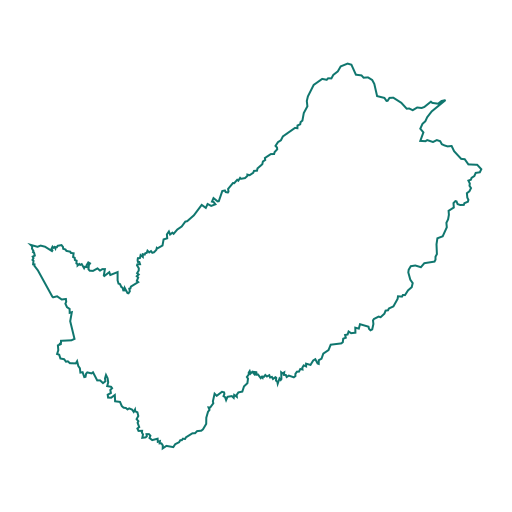 Aracataca, Magdalena, Colombia (Equal Earth projection)
{"feature_id": "7082276B34642639591656", "entity_name": "Aracataca", "entity_type": "district", "adm_level": 2, "iso_a3": "COL", "parent_name": "Colombia", "parent_adm1": "Magdalena", "projection": "equal_earth", "projection_center": [-73.935, 10.652], "detail": "fine", "context": "isolated", "style": "outline", "palette": "teal", "viewbox_px": 512, "rotation_deg": 0, "n_neighbors": 0, "source": "geoboundaries", "source_scale": "gbopen_adm2", "svg_char_len": 6008}
<svg xmlns="http://www.w3.org/2000/svg" viewBox="0 0 512 512"><path d="M97.5,268.4L93.0,270.9L89.7,270.7L88.5,269.3L88.8,265.2L90.0,263.4L88.3,262.4L86.5,265.4L86.7,267.1L84.8,266.8L84.1,268.2L81.7,264.1L80.2,264.9L79.3,264.0L77.6,265.5L77.6,264.2L76.4,263.4L76.6,260.7L74.9,260.0L74.7,257.8L73.1,257.0L73.6,253.3L70.8,252.9L70.3,251.7L66.4,250.9L65.5,249.5L63.2,248.8L63.0,247.0L61.5,245.1L57.7,245.8L56.9,247.2L55.7,247.1L55.4,248.5L54.5,247.0L53.4,247.8L52.5,246.7L51.5,248.8L52.4,250.5L52.0,251.1L45.0,246.7L40.6,245.6L37.5,246.8L30.7,244.9L32.2,246.4L32.0,248.6L33.5,251.1L33.0,252.1L34.1,252.8L34.8,255.6L32.7,256.6L33.5,258.1L32.5,259.9L33.5,260.8L33.1,264.3L34.5,264.4L34.4,265.8L37.9,270.4L52.3,296.6L53.1,297.3L57.1,296.3L61.7,299.5L65.9,299.0L66.2,301.7L65.4,303.7L67.0,307.2L69.6,308.9L69.7,312.8L71.8,312.2L70.2,321.2L74.5,338.9L71.4,340.3L61.0,340.8L61.0,343.0L60.0,343.6L60.5,344.3L57.9,345.4L58.3,350.2L57.1,354.0L59.2,354.7L60.4,358.5L64.1,359.2L66.0,361.7L67.8,361.3L69.9,363.2L75.8,363.4L77.1,361.2L78.3,366.0L79.9,368.3L80.4,372.6L82.6,372.2L84.3,377.1L85.5,376.8L86.1,373.7L87.3,372.4L91.6,373.4L93.0,372.3L97.2,380.4L100.1,380.4L103.0,383.1L105.4,381.3L105.0,378.4L106.0,375.0L107.6,378.3L108.2,382.3L107.2,386.1L111.1,386.8L112.1,388.2L110.3,390.0L110.9,393.0L107.7,394.7L108.1,397.6L111.2,397.7L114.8,395.0L115.1,401.3L120.0,401.9L121.8,406.1L123.6,407.7L125.9,408.0L127.5,409.4L129.2,408.4L132.1,409.6L133.7,411.9L135.0,409.6L135.2,411.3L137.4,412.3L138.3,416.0L136.6,419.1L138.4,421.2L137.6,422.8L139.2,427.1L137.4,428.5L138.5,430.9L142.1,430.8L141.9,432.6L143.0,434.4L142.3,437.8L145.6,437.4L146.8,436.3L146.5,434.1L148.9,434.1L150.4,435.7L149.5,438.0L152.2,440.1L157.6,438.7L157.8,441.8L159.9,441.1L159.6,443.4L161.4,443.4L162.8,445.4L162.7,448.4L166.4,445.9L173.3,447.1L175.2,444.2L179.1,442.2L180.3,440.2L181.8,440.2L182.9,438.7L185.0,439.0L186.0,437.3L192.4,433.3L195.1,433.2L197.1,431.1L201.3,430.7L203.0,429.3L206.2,423.9L206.3,417.7L208.0,411.8L209.5,409.9L208.5,407.4L210.2,407.5L213.3,403.3L212.9,401.3L214.6,393.7L216.7,395.8L222.0,391.8L224.1,392.4L224.4,394.0L223.5,396.1L225.1,397.2L226.1,400.1L227.5,396.8L231.8,396.1L233.7,397.9L234.2,394.9L236.8,396.8L236.6,395.0L238.4,392.4L242.3,391.6L244.0,386.4L247.4,383.2L248.0,378.6L246.9,377.0L248.8,374.4L248.7,372.7L249.7,371.1L250.5,373.6L252.3,371.8L254.8,374.7L255.7,374.2L254.6,372.0L256.3,372.2L256.7,374.7L258.0,374.5L260.7,378.1L261.6,376.9L262.6,377.9L262.9,376.6L264.0,376.8L265.3,375.0L266.9,376.5L269.3,375.2L270.1,377.5L271.9,376.9L273.0,379.0L275.4,377.2L276.2,377.8L276.0,380.6L277.3,381.6L277.7,383.7L279.5,378.5L280.7,380.0L281.4,379.0L281.2,372.3L282.6,373.4L284.2,372.4L283.9,374.9L285.8,375.0L286.7,377.0L288.8,375.6L293.8,377.3L295.4,376.1L295.4,373.9L296.9,371.7L299.0,371.6L300.3,369.0L302.5,369.5L302.3,367.7L303.7,365.4L306.1,366.4L306.1,363.7L310.5,364.9L313.2,360.5L315.3,359.2L317.6,363.5L318.7,363.9L318.8,360.2L321.5,358.7L323.3,353.6L328.5,350.1L330.7,344.7L341.3,343.4L342.8,342.2L343.2,338.7L345.8,337.7L345.1,335.0L347.6,334.5L348.6,331.5L351.1,333.2L355.4,332.7L355.3,327.7L358.8,328.6L360.0,324.2L368.5,326.7L369.0,328.8L370.5,330.3L372.2,329.4L373.4,324.0L373.0,320.4L373.9,319.0L378.6,316.6L380.6,317.2L384.4,313.7L385.6,310.6L388.0,310.3L388.9,308.5L393.4,306.4L397.6,298.9L398.0,296.3L402.0,296.6L402.9,295.0L405.0,295.1L408.0,290.4L411.7,287.2L412.7,283.1L410.3,279.7L408.3,272.4L408.7,269.7L410.8,266.2L415.3,265.5L420.9,267.2L424.3,263.2L434.5,261.6L435.5,259.7L435.5,256.7L436.9,254.1L436.5,244.3L437.4,238.3L442.7,236.3L446.8,227.3L446.4,222.8L448.1,219.3L448.9,214.8L448.6,210.8L453.8,207.5L453.5,203.1L455.4,201.1L456.5,201.4L457.6,204.1L460.2,205.0L463.8,204.9L464.4,203.2L467.9,201.7L468.4,199.8L467.3,197.6L466.9,193.2L469.4,191.3L471.0,188.1L469.5,185.8L469.8,183.5L468.4,180.6L470.9,179.7L471.6,177.8L474.3,176.1L475.7,172.9L479.8,172.3L481.3,169.2L477.2,164.8L468.4,164.4L464.7,159.2L461.2,158.9L454.1,151.2L451.6,146.0L447.6,146.4L444.4,145.4L441.8,144.2L440.2,141.2L436.8,140.1L433.0,142.0L427.2,140.1L425.5,141.2L420.3,140.9L423.4,132.4L420.3,128.7L422.5,123.8L425.3,121.3L427.2,117.2L431.7,111.4L445.5,100.1L441.5,101.0L438.1,103.7L432.3,102.9L430.9,101.7L424.3,107.0L421.6,108.0L417.2,107.5L412.7,110.2L409.2,108.5L406.7,108.7L401.3,102.8L393.3,97.7L389.5,97.9L387.6,100.8L386.5,100.9L384.4,97.9L377.1,96.1L374.3,83.9L372.2,80.0L368.0,77.4L363.6,77.7L361.5,75.4L355.9,74.7L351.4,64.7L347.6,63.6L340.7,66.4L337.8,71.4L333.3,74.9L331.4,78.4L328.1,78.3L326.7,79.8L322.2,78.9L313.7,84.9L307.9,96.4L306.8,101.0L307.4,106.3L303.8,113.0L302.4,120.6L300.6,122.1L300.2,124.3L297.5,125.5L297.4,128.2L295.0,127.9L282.9,136.4L280.9,140.3L278.0,142.1L275.5,145.9L277.0,147.5L277.2,149.3L274.6,152.1L274.1,154.0L270.8,154.1L264.9,158.0L265.2,160.0L262.9,161.5L262.3,164.2L257.5,168.4L257.0,170.7L254.0,170.9L253.2,172.8L249.6,175.2L247.4,174.6L247.4,175.9L245.0,178.1L241.0,178.8L240.1,177.9L238.3,180.7L237.2,179.8L234.2,183.2L233.0,183.0L228.1,188.9L228.5,191.6L227.9,192.5L225.7,192.1L224.9,190.5L222.3,191.0L218.8,201.2L217.6,201.4L213.5,198.1L212.0,201.6L213.6,202.0L215.4,204.3L211.2,205.9L207.6,204.0L205.8,207.9L201.7,204.9L193.9,215.3L187.2,221.2L185.3,221.6L181.7,226.5L177.3,229.5L173.6,233.8L172.4,232.7L170.1,234.5L168.9,231.5L166.9,234.4L167.2,238.3L163.6,239.4L162.5,245.5L157.4,248.4L156.8,247.9L156.3,249.9L154.0,252.3L152.3,252.8L151.0,251.1L149.2,252.4L147.5,250.7L146.7,252.9L145.3,253.2L144.7,254.6L142.8,254.2L142.8,256.9L140.6,255.1L139.9,258.1L137.9,258.2L137.6,260.1L137.9,261.9L139.3,262.0L140.0,264.2L137.4,264.3L137.0,265.3L138.8,268.3L138.7,270.6L137.1,273.2L138.7,274.5L136.8,276.2L138.2,277.5L136.8,280.9L138.2,282.1L130.9,286.6L130.4,288.4L129.3,288.7L129.8,291.3L128.5,293.3L127.5,293.1L124.8,288.1L124.5,290.4L123.3,290.4L122.6,287.7L121.4,287.1L120.0,284.1L118.5,283.6L117.6,280.4L117.6,272.1L110.3,275.0L109.3,272.2L104.3,276.0L103.8,275.4L104.9,269.1L102.4,269.1L100.0,270.6L97.5,268.4Z" fill="none" stroke="#0f766e" stroke-width="2"/></svg>